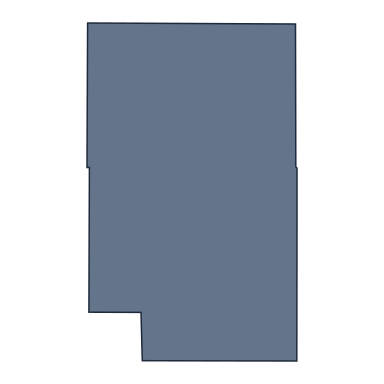 Clark, South Dakota, United States of America (Equal Earth projection)
{"feature_id": "52423323B45667885059065", "entity_name": "Clark", "entity_type": "district", "adm_level": 2, "iso_a3": "USA", "parent_name": "United States of America", "parent_adm1": "South Dakota", "projection": "equal_earth", "projection_center": [-97.745, 44.849], "detail": "fine", "context": "isolated", "style": "filled", "palette": "slate", "viewbox_px": 384, "rotation_deg": 0, "n_neighbors": 0, "source": "geoboundaries", "source_scale": "gbopen_adm2", "svg_char_len": 270}
<svg xmlns="http://www.w3.org/2000/svg" viewBox="0 0 384 384"><path d="M142.3,360.7L296.8,361.0L297.0,216.4L297.0,168.1L295.8,166.8L295.5,24.0L87.6,23.0L87.0,167.5L89.4,167.5L88.9,312.2L141.0,312.4L142.3,360.7Z" fill="#64748b" stroke="#1e293b" stroke-width="1.5"/></svg>